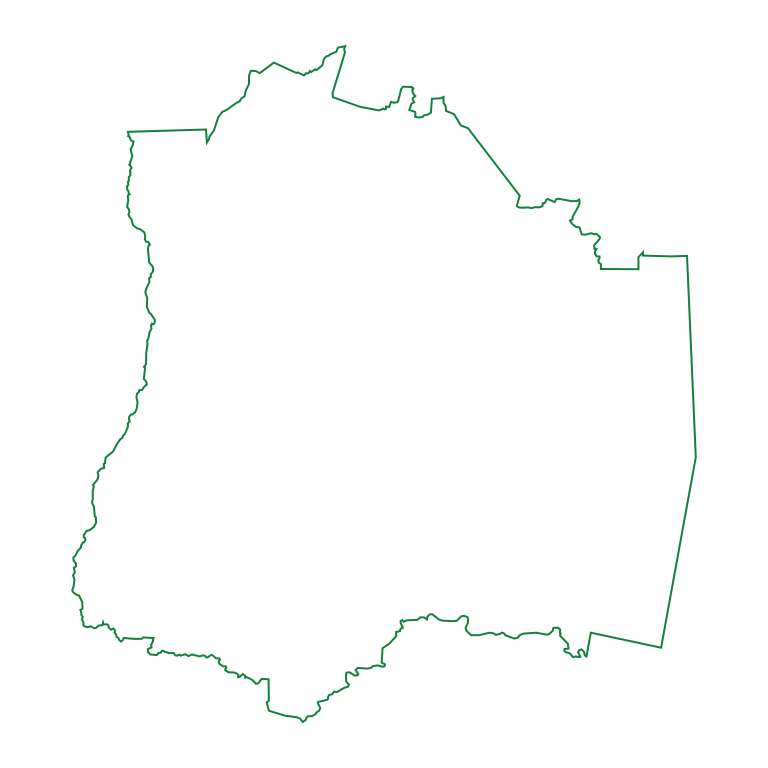 El Alto, Catamarca, Argentina
{"feature_id": "61730980B19433533444932", "entity_name": "El Alto", "entity_type": "district", "adm_level": 2, "iso_a3": "ARG", "parent_name": "Argentina", "parent_adm1": "Catamarca", "projection": "albers", "projection_center": [-65.454, -28.418], "detail": "fine", "context": "isolated", "style": "outline", "palette": "green", "viewbox_px": 768, "rotation_deg": 0, "n_neighbors": 0, "source": "geoboundaries", "source_scale": "gbopen_adm2", "svg_char_len": 6026}
<svg xmlns="http://www.w3.org/2000/svg" viewBox="0 0 768 768"><path d="M687.0,255.9L670.6,256.4L643.0,255.6L643.0,252.3L638.4,257.2L638.5,269.2L600.9,269.0L600.9,264.1L598.8,262.6L598.2,260.4L599.6,258.1L599.5,256.5L596.6,256.3L595.1,254.1L594.9,251.6L596.4,249.1L594.6,249.0L594.2,246.8L594.2,245.2L598.1,240.8L600.0,238.0L599.8,236.8L596.5,233.9L594.4,234.3L591.1,233.2L585.0,234.7L581.8,234.4L579.5,227.4L576.0,226.9L571.9,223.7L570.0,220.6L572.5,219.4L572.8,216.4L578.3,206.6L579.6,203.0L579.2,199.6L576.6,201.1L571.4,201.1L558.3,198.7L556.1,199.3L554.7,202.1L547.5,199.0L546.6,199.5L544.7,203.2L542.7,203.3L542.5,206.1L539.6,207.3L535.3,207.2L531.3,208.1L528.2,207.4L522.5,207.8L518.7,207.4L516.8,206.0L519.7,195.7L468.0,128.2L461.0,125.6L454.4,114.8L453.1,113.7L446.2,111.0L445.5,105.7L443.5,102.8L443.5,97.0L441.0,98.2L431.9,98.8L430.9,112.7L427.6,114.7L424.1,115.3L422.5,117.0L418.5,117.5L415.1,116.7L415.5,113.4L415.0,111.8L409.3,110.0L411.5,103.6L414.2,102.3L412.7,99.6L412.9,98.1L415.3,96.0L413.4,94.1L412.2,90.4L413.2,89.0L412.5,88.8L412.8,87.7L411.4,87.0L403.1,86.7L401.3,88.8L398.2,100.9L397.4,102.1L394.3,102.8L391.0,101.9L389.3,106.9L386.0,106.6L386.1,108.8L384.5,109.5L383.4,108.6L379.1,110.4L360.4,106.9L332.9,97.2L332.5,93.4L345.0,52.3L344.1,49.1L345.2,46.1L338.5,47.5L337.6,48.4L336.5,51.6L329.6,54.7L328.9,55.7L326.3,56.3L323.9,59.1L322.3,65.4L316.3,70.2L315.2,69.3L311.1,72.1L309.8,71.0L308.8,72.8L307.7,73.4L306.1,73.2L304.0,75.4L297.7,72.4L296.4,73.0L273.9,62.6L259.7,73.1L255.4,70.9L250.7,70.9L249.0,75.7L249.0,84.0L246.0,90.1L244.3,96.6L241.3,98.4L239.6,101.4L236.6,102.7L227.1,109.7L222.3,111.9L218.2,117.5L214.0,130.1L209.4,137.0L209.1,139.0L206.9,142.5L206.0,129.5L127.9,131.8L128.8,135.5L128.2,136.1L129.7,137.0L130.5,139.5L131.9,141.1L133.5,141.4L132.9,144.7L130.6,149.4L132.3,156.2L130.1,162.5L130.1,164.1L129.4,164.6L131.5,167.5L130.1,170.4L130.0,171.6L130.6,172.3L130.1,173.7L130.4,175.4L128.8,177.0L128.8,180.9L128.0,181.8L128.3,185.1L126.9,186.3L127.4,190.0L128.5,191.2L128.7,193.3L129.6,194.4L128.2,195.0L127.8,196.7L128.3,199.9L127.1,207.0L128.8,209.2L129.4,212.0L128.5,214.5L129.2,216.4L131.6,219.5L132.9,224.9L137.0,228.4L140.1,229.2L144.4,232.4L145.2,236.7L144.9,239.3L146.0,241.7L148.3,242.0L149.9,244.5L148.5,245.8L148.0,249.7L149.2,262.4L152.6,266.5L153.2,268.6L152.9,271.7L150.8,274.2L150.7,277.2L149.1,278.1L149.5,281.8L146.4,288.3L145.4,291.8L145.9,294.7L147.2,297.3L146.9,306.8L149.2,312.7L150.6,313.6L154.9,320.0L154.3,323.6L153.0,324.4L151.9,323.7L151.0,325.6L151.5,328.4L149.4,332.7L148.3,339.1L147.1,340.6L147.4,344.8L146.2,353.1L146.1,362.7L145.8,364.7L144.0,366.8L144.9,367.4L145.0,368.8L143.8,378.8L146.3,381.7L146.9,384.3L144.0,387.0L142.2,389.9L139.2,390.2L138.7,392.3L137.1,393.6L136.4,397.1L137.6,402.4L136.6,409.1L135.1,412.3L133.4,413.3L132.9,414.3L130.8,414.6L129.3,416.5L128.9,419.3L129.7,421.3L127.7,423.6L128.0,426.5L125.0,433.7L123.0,435.9L122.4,437.9L120.4,439.1L117.6,443.0L112.9,451.7L105.6,457.5L105.0,463.3L103.7,464.0L104.2,467.9L100.9,468.8L97.6,472.3L98.4,475.1L98.1,477.5L97.2,479.8L93.0,485.1L93.8,486.3L92.7,491.4L92.8,499.2L92.1,501.6L92.1,503.0L93.9,506.5L94.8,516.3L95.9,517.4L96.1,522.8L93.9,526.9L89.7,530.1L86.6,530.9L83.8,535.1L83.8,537.2L85.2,538.3L85.4,540.1L84.3,542.1L82.9,542.4L81.1,545.5L81.0,547.5L77.7,550.9L75.5,555.5L73.4,557.6L73.5,560.4L76.0,563.6L76.1,566.4L73.9,567.7L74.8,572.4L73.0,575.3L74.5,579.5L73.7,585.9L72.2,590.5L73.5,592.6L76.8,594.9L79.0,595.5L82.3,602.3L82.5,608.8L80.4,610.0L81.1,611.5L81.5,615.4L82.8,616.9L81.9,619.3L83.5,622.7L83.3,624.9L84.2,626.2L87.3,627.2L90.9,626.4L94.0,628.1L95.7,628.1L98.6,625.6L102.4,625.1L103.1,622.5L103.7,624.3L107.1,624.3L108.3,625.4L108.8,627.7L111.1,629.7L113.4,628.5L115.1,630.5L114.5,632.4L116.1,634.8L116.6,636.9L118.4,638.0L119.1,639.9L121.0,641.5L122.7,640.3L123.6,638.0L134.7,638.9L141.5,638.8L143.4,637.4L153.6,638.1L152.8,639.6L153.1,641.1L151.1,644.8L151.6,647.5L147.9,649.0L147.9,652.1L150.5,654.5L157.0,655.0L158.5,652.9L160.6,652.8L161.8,650.9L163.7,650.9L165.0,652.1L167.0,652.2L168.7,653.2L173.7,653.0L175.2,655.3L177.2,655.7L179.4,654.6L180.9,655.6L185.2,654.2L188.5,656.1L191.9,654.5L199.7,656.4L203.5,655.3L204.9,655.8L206.5,657.6L207.4,657.5L210.9,655.1L212.3,655.1L215.9,658.2L219.6,658.6L220.0,659.8L218.8,660.9L219.3,663.7L223.0,666.3L226.0,666.4L226.3,667.6L225.2,669.3L225.3,670.3L228.5,672.3L234.3,672.5L236.8,673.6L238.3,674.7L238.0,677.2L239.5,677.1L242.9,674.0L245.1,675.9L245.0,678.5L245.4,677.1L246.9,677.2L252.2,679.9L256.1,683.8L258.2,683.4L261.6,678.9L268.6,679.3L268.8,700.8L266.8,702.3L268.9,710.7L285.0,715.7L296.7,717.2L300.0,718.6L302.7,721.9L305.6,720.1L306.4,717.8L307.9,716.3L312.3,716.0L315.6,714.1L316.4,712.5L319.1,710.7L320.3,708.1L317.7,702.9L318.1,701.9L327.1,699.8L328.0,698.9L328.1,696.7L329.1,695.1L332.2,694.1L334.1,691.6L336.5,692.1L337.9,691.6L343.5,688.1L348.0,686.7L348.9,684.5L346.1,681.4L346.0,674.7L346.5,672.6L349.3,672.2L354.6,675.5L357.5,675.4L358.2,674.1L355.6,670.0L357.8,667.9L367.0,668.6L371.3,667.8L372.6,666.2L377.8,665.4L381.8,666.7L384.5,666.3L385.1,664.4L381.6,662.6L382.6,648.2L389.4,643.5L396.2,636.2L396.1,632.1L399.9,631.1L400.5,628.9L402.9,627.7L400.6,622.8L400.7,620.9L402.3,620.2L403.7,621.7L407.0,620.3L417.2,619.9L420.4,617.3L424.2,617.4L427.0,619.4L427.4,616.8L429.3,614.7L431.2,614.2L432.3,614.3L439.1,619.6L442.4,620.6L453.1,621.2L456.9,620.7L461.3,616.3L464.2,615.8L467.4,617.1L468.2,619.6L467.7,623.5L465.6,627.7L466.6,630.9L471.2,635.2L479.1,635.2L489.5,632.7L493.4,633.3L495.8,634.8L499.3,634.1L502.2,632.6L504.3,633.6L505.4,635.3L514.4,638.6L517.9,637.6L519.7,635.2L523.0,633.7L536.2,632.7L547.2,634.7L549.0,634.1L552.6,630.9L553.4,627.9L557.9,627.6L560.2,629.6L559.9,633.0L560.6,633.4L560.0,635.6L567.8,643.6L568.6,648.5L564.5,649.1L564.5,651.2L565.8,652.3L569.6,653.2L573.1,657.2L575.6,656.4L579.3,657.2L580.4,656.8L578.1,652.5L579.0,650.3L581.7,649.4L584.2,652.3L584.7,655.3L586.5,656.5L590.8,632.7L661.1,647.7L695.8,457.2L687.0,255.9Z" fill="none" stroke="#15803d" stroke-width="2"/></svg>